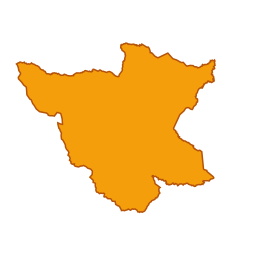 outline of Marrupa, Niassa, Mozambique, rotated 259°
{"feature_id": "85939544B26738067837562", "entity_name": "Marrupa", "entity_type": "district", "adm_level": 2, "iso_a3": "MOZ", "parent_name": "Mozambique", "parent_adm1": "Niassa", "projection": "orthographic", "projection_center": [37.58, -13.04], "detail": "fine", "context": "isolated", "style": "filled", "palette": "amber", "viewbox_px": 256, "rotation_deg": 259, "n_neighbors": 0, "source": "geoboundaries", "source_scale": "gbopen_adm2", "svg_char_len": 5856}
<svg xmlns="http://www.w3.org/2000/svg" viewBox="0 0 256 256"><g transform="rotate(259 128 128)"><path d="M210.7,136.9L208.0,136.1L207.5,136.8L205.4,137.0L203.6,138.7L202.1,139.4L200.9,139.4L200.5,139.1L199.5,139.4L196.8,138.0L195.5,137.9L195.1,137.0L194.4,136.9L194.4,136.3L193.9,135.6L191.9,135.4L191.0,134.7L189.4,134.6L187.2,133.5L186.4,133.7L185.3,133.2L182.1,129.7L180.4,128.8L180.3,128.1L181.0,126.3L182.6,124.5L183.3,124.4L184.0,123.6L185.2,122.9L187.0,120.7L187.0,119.0L186.6,117.7L188.4,114.5L188.5,113.6L190.2,111.8L190.3,111.1L189.6,110.1L189.5,109.4L192.2,105.6L192.2,104.8L191.6,104.5L191.4,103.8L190.4,103.8L190.1,102.8L190.4,101.9L191.1,101.2L190.8,100.4L192.5,97.1L192.3,96.3L191.6,95.4L191.7,94.3L191.0,93.5L191.4,92.8L191.1,91.5L191.9,87.9L190.7,84.8L189.8,84.6L190.1,83.6L189.9,83.0L190.3,80.5L191.2,78.2L191.9,77.6L192.2,76.5L192.8,76.2L192.9,75.6L192.1,74.3L192.5,73.2L192.4,72.2L194.8,70.0L194.4,69.1L195.4,68.3L195.6,67.1L196.1,66.7L196.3,64.5L196.1,63.9L195.7,64.1L195.4,63.4L195.6,62.6L195.2,62.5L195.1,62.1L196.2,60.8L196.8,58.5L198.2,57.7L199.2,57.6L200.0,56.4L201.2,55.7L201.3,54.9L202.4,53.4L204.6,52.5L205.7,51.6L206.4,50.8L207.2,49.2L208.2,48.4L209.2,46.6L210.3,45.6L209.7,45.0L209.5,43.5L210.0,42.5L209.8,41.8L210.2,40.8L210.9,40.6L211.1,39.2L212.4,38.8L212.0,37.0L213.4,34.6L212.7,33.5L212.9,32.8L212.1,30.7L211.1,31.3L208.6,31.8L205.2,31.8L202.3,33.0L201.3,32.6L198.7,30.0L197.1,29.9L193.4,32.3L190.1,33.8L187.5,36.0L179.9,35.1L175.2,37.1L174.1,38.4L170.2,39.1L168.1,40.2L164.2,41.6L160.9,44.3L158.2,50.9L157.1,51.9L155.7,52.2L155.0,53.6L154.2,57.1L153.7,57.9L156.8,61.4L155.5,64.1L154.8,64.8L149.4,65.1L144.1,64.4L144.6,62.8L146.5,60.1L145.2,59.9L140.9,60.1L139.8,60.8L138.2,60.9L135.8,61.7L133.4,60.9L129.9,60.6L128.6,61.7L126.6,62.4L123.3,63.3L121.4,63.0L119.1,63.5L116.5,65.0L115.3,65.3L112.7,63.9L111.6,64.9L110.7,65.2L109.0,65.4L107.6,64.4L106.1,65.5L104.4,65.3L103.1,66.3L102.9,68.5L101.6,68.1L100.5,68.9L99.2,72.0L99.6,73.9L99.5,76.1L99.8,77.1L97.9,79.6L96.1,81.0L94.8,83.5L92.5,84.8L89.1,83.9L87.0,81.2L83.2,83.9L81.2,83.4L80.7,84.5L79.8,85.4L78.1,84.9L76.1,84.8L75.4,85.3L73.3,84.6L71.6,84.8L71.0,85.2L70.4,86.4L69.0,87.5L69.3,88.9L68.8,89.8L68.5,91.9L67.9,92.4L65.3,91.3L64.8,91.5L64.7,93.2L62.5,94.6L61.8,97.6L59.1,98.6L58.4,101.3L55.2,101.4L54.5,102.4L53.8,102.8L53.6,103.6L52.5,104.7L48.8,105.8L48.2,105.8L48.1,107.6L47.5,108.6L47.9,111.9L48.4,112.8L46.8,114.8L47.8,116.8L47.2,117.9L47.2,119.4L45.7,121.0L43.6,121.8L43.6,123.0L43.0,123.4L43.3,124.1L43.2,125.1L42.6,125.8L43.3,128.5L45.8,130.9L47.2,131.7L49.0,133.8L49.8,134.1L51.1,135.9L51.2,136.7L52.1,137.3L52.8,140.7L54.0,141.6L53.9,142.9L54.6,143.4L54.8,144.1L57.1,145.5L58.1,146.9L59.9,146.2L60.4,146.5L62.2,146.6L62.8,146.9L63.5,148.2L68.2,143.9L70.9,144.0L72.4,143.3L74.4,143.4L76.1,142.5L76.5,143.0L76.3,143.6L75.8,143.3L75.4,143.6L75.2,146.1L73.5,147.4L73.4,148.0L72.4,148.4L71.9,148.0L71.5,148.1L71.7,148.6L71.4,150.2L70.8,150.8L70.8,151.8L70.4,151.6L70.2,152.6L69.0,153.3L69.1,154.9L68.0,155.3L67.6,154.9L66.6,155.4L66.2,154.8L65.2,155.4L65.2,156.4L64.6,156.8L64.8,157.4L64.3,157.9L64.5,160.1L65.3,161.3L65.3,161.8L63.9,162.3L63.7,162.8L63.9,163.6L64.4,163.9L63.7,165.2L61.9,165.8L62.1,166.6L62.9,167.3L63.1,168.0L62.9,170.1L61.5,171.3L62.4,172.3L62.1,173.2L62.6,174.9L62.2,176.1L61.2,176.7L59.9,179.1L59.2,179.7L59.4,180.8L59.0,181.4L58.3,181.6L57.9,182.5L58.1,183.5L58.8,183.9L59.0,186.5L58.4,188.8L59.0,190.2L58.4,190.8L59.0,191.2L59.8,192.5L60.2,192.4L61.1,191.3L61.5,191.4L61.8,192.1L61.0,196.4L60.5,197.5L62.0,199.3L62.1,201.6L62.5,202.6L63.0,202.7L64.1,202.2L70.2,197.2L71.3,197.3L72.6,194.8L73.4,194.3L90.6,195.9L92.4,194.3L92.5,193.4L92.2,193.0L92.4,192.3L94.6,189.6L95.0,189.7L95.8,188.7L97.3,188.3L97.5,188.3L97.5,188.8L98.2,188.9L100.0,186.2L101.5,185.3L101.6,184.8L102.3,184.4L102.3,183.8L104.4,181.5L104.8,179.8L105.4,179.7L106.1,178.6L106.8,178.5L108.2,176.6L108.5,176.8L109.3,176.0L109.7,176.6L110.3,175.6L111.3,175.9L113.0,175.5L114.1,174.5L114.7,174.9L115.1,174.2L116.4,174.2L117.7,172.8L119.1,172.7L131.2,181.4L134.1,186.2L136.2,188.2L136.7,189.5L136.4,191.5L134.7,192.9L133.9,194.5L134.3,195.1L136.5,196.6L138.0,199.2L140.1,200.2L140.2,201.1L141.6,201.6L143.3,201.7L143.9,200.6L146.0,200.2L146.3,201.0L148.4,201.5L149.6,202.8L151.4,203.7L153.0,205.2L153.6,206.8L153.3,207.3L153.7,207.9L153.1,208.5L153.6,209.0L154.2,208.9L154.1,209.3L154.8,209.5L154.7,209.9L155.7,210.7L156.5,210.7L156.5,211.3L157.5,213.2L157.2,213.6L157.2,214.1L158.2,214.7L158.8,215.5L158.5,216.3L157.6,216.5L157.7,217.9L157.0,218.2L156.7,218.7L157.6,221.4L158.5,221.7L158.9,220.7L159.8,220.7L160.2,220.9L159.8,221.4L159.9,221.7L162.2,221.8L163.3,221.1L164.4,221.2L164.4,220.3L164.9,220.2L165.6,220.4L166.6,221.5L168.5,221.4L169.0,222.4L169.8,222.7L169.4,223.5L169.9,224.4L171.0,224.3L171.9,223.7L173.0,225.5L173.8,225.2L174.9,225.5L175.8,225.3L177.1,226.1L178.2,225.9L177.8,225.3L178.0,223.9L178.5,223.6L178.2,223.0L178.5,221.8L177.1,221.6L177.1,220.6L175.7,219.3L175.9,218.6L175.4,217.9L175.3,216.6L175.6,216.1L175.7,215.1L175.3,214.4L175.4,213.8L176.1,213.4L175.7,212.8L174.6,212.5L174.5,210.9L173.8,210.1L173.8,209.0L173.9,207.8L174.8,207.2L175.5,204.9L176.8,203.8L177.6,201.0L177.5,197.7L178.4,196.8L181.8,194.8L182.2,192.6L185.5,188.7L187.5,185.2L193.9,181.4L191.2,170.9L191.9,169.7L193.7,167.8L196.2,166.4L196.7,165.7L197.2,165.7L197.7,164.2L199.1,164.4L202.2,164.0L203.3,163.4L203.7,163.1L203.6,162.0L207.6,157.7L207.3,157.6L207.3,157.0L206.8,157.1L206.6,156.8L206.9,156.3L206.8,155.6L207.2,155.3L206.3,155.0L206.8,154.6L206.9,153.4L207.3,153.2L207.2,152.2L208.0,152.2L208.3,151.4L208.0,150.8L208.9,150.1L208.8,149.8L209.4,149.1L209.2,147.4L209.7,146.8L209.7,145.8L210.4,144.9L210.1,144.2L211.3,143.3L211.8,142.1L211.3,141.2L211.5,140.1L210.8,138.6L211.2,138.0L210.5,137.3L210.7,136.9Z" fill="#f59e0b" stroke="#b45309" stroke-width="1.5"/></g></svg>